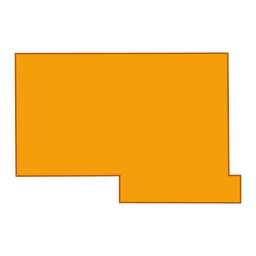 the district of Hettinger, North Dakota, United States of America
{"feature_id": "52423323B76867023232098", "entity_name": "Hettinger", "entity_type": "district", "adm_level": 2, "iso_a3": "USA", "parent_name": "United States of America", "parent_adm1": "North Dakota", "projection": "mercator", "projection_center": [-102.401, 46.418], "detail": "fine", "context": "isolated", "style": "filled", "palette": "amber", "viewbox_px": 256, "rotation_deg": 0, "n_neighbors": 0, "source": "geoboundaries", "source_scale": "gbopen_adm2", "svg_char_len": 268}
<svg xmlns="http://www.w3.org/2000/svg" viewBox="0 0 256 256"><path d="M15.4,53.6L16.2,176.1L107.3,175.7L119.6,175.5L119.6,202.5L240.6,202.8L240.6,175.4L228.8,175.4L227.8,53.3L216.7,53.2L168.1,53.4L15.4,53.6Z" fill="#f59e0b" stroke="#b45309" stroke-width="1.5"/></svg>